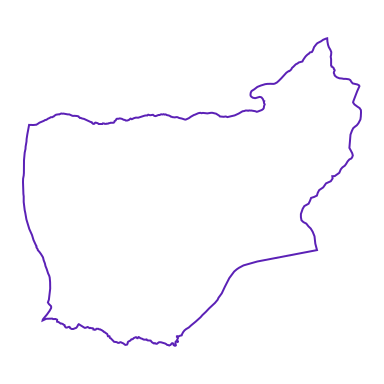 outline of Hongsa, Xaignabouri, Laos
{"feature_id": "54806243B68130854025017", "entity_name": "Hongsa", "entity_type": "district", "adm_level": 2, "iso_a3": "LAO", "parent_name": "Laos", "parent_adm1": "Xaignabouri", "projection": "robinson", "projection_center": [101.47, 19.726], "detail": "fine", "context": "isolated", "style": "outline", "palette": "violet", "viewbox_px": 384, "rotation_deg": 0, "n_neighbors": 0, "source": "geoboundaries", "source_scale": "gbopen_adm2", "svg_char_len": 5904}
<svg xmlns="http://www.w3.org/2000/svg" viewBox="0 0 384 384"><path d="M327.2,38.3L326.0,38.6L323.1,39.8L321.0,41.3L317.3,43.2L316.1,44.5L314.1,47.1L312.9,50.3L311.9,52.0L309.8,52.5L308.9,53.7L307.7,54.4L306.2,55.8L305.3,56.8L303.3,59.7L302.4,61.5L298.7,62.5L297.4,63.6L296.7,63.8L295.7,64.4L293.1,67.0L292.2,67.7L291.1,69.6L289.4,71.1L289.0,71.0L288.1,71.5L286.4,72.7L281.3,78.3L278.8,80.8L276.9,82.5L274.8,83.6L273.6,83.9L270.4,83.8L267.3,83.9L265.1,84.2L260.9,85.5L257.4,86.9L254.3,89.3L251.6,91.0L250.8,92.5L250.5,94.3L250.6,95.7L251.3,96.7L252.8,97.7L254.6,98.1L255.5,98.1L259.6,96.9L260.8,97.1L261.6,97.5L263.0,99.3L263.6,101.0L264.2,101.2L263.9,102.2L264.1,103.3L264.7,104.3L264.0,106.2L263.9,107.2L263.7,108.2L263.2,109.0L261.8,110.0L257.9,111.5L256.8,111.8L255.2,111.2L251.1,110.5L250.1,110.6L249.1,110.4L248.1,110.8L247.2,110.5L245.7,110.5L244.3,111.0L242.5,111.3L238.8,113.5L234.7,115.4L227.4,117.1L226.2,116.6L225.4,116.5L223.8,116.8L220.3,116.5L219.8,116.4L219.4,115.8L216.1,113.7L212.3,112.8L211.0,112.8L207.4,113.4L202.9,112.9L201.5,113.2L200.2,112.8L199.8,112.9L198.3,113.2L194.9,114.7L193.9,115.0L190.9,116.7L188.8,118.2L185.7,119.6L184.7,119.5L181.7,118.5L179.2,118.0L177.5,117.2L176.2,117.1L174.9,117.4L172.2,117.1L171.6,116.7L170.7,116.6L170.2,116.1L168.9,115.5L166.9,115.1L165.7,114.4L164.7,114.6L163.7,114.2L162.7,114.5L161.1,114.3L159.6,115.0L158.5,115.0L155.7,116.1L154.4,115.9L152.9,114.8L150.6,115.2L149.9,115.2L148.2,114.7L147.2,115.5L146.3,115.4L144.8,115.6L138.2,117.7L135.9,117.6L134.1,118.1L131.8,119.2L130.9,118.7L130.5,118.6L128.8,120.0L127.3,120.5L125.7,120.5L124.8,119.9L123.7,119.8L121.8,118.8L119.8,118.4L118.2,118.8L117.1,118.7L116.4,119.1L115.7,120.4L114.6,121.1L114.4,121.9L113.7,122.7L111.9,122.8L110.8,122.7L110.1,123.0L108.5,123.3L107.9,123.7L106.8,123.6L106.2,123.9L104.9,123.9L104.1,123.5L102.8,123.4L102.3,124.0L101.1,124.0L98.7,124.0L97.7,123.2L95.6,122.6L95.0,122.8L94.4,123.7L93.7,123.9L93.2,123.9L92.5,123.1L92.1,123.0L91.6,122.1L90.9,122.1L84.0,118.9L82.1,118.5L80.7,117.9L80.0,118.0L79.7,117.6L78.8,117.0L78.5,116.4L76.9,116.0L74.3,115.8L73.8,115.9L72.4,115.8L69.3,114.4L67.8,114.4L63.5,113.6L62.4,113.7L61.2,113.5L59.2,114.4L58.7,114.3L56.1,114.7L54.5,115.7L53.7,116.5L53.2,116.6L52.3,117.2L51.0,117.2L50.6,117.3L49.6,118.0L48.1,118.6L46.4,119.8L45.2,120.0L43.7,120.9L39.4,122.7L38.0,123.7L36.4,124.7L33.4,125.0L29.1,124.9L27.3,134.5L26.6,139.1L26.5,141.5L25.6,146.7L25.5,148.9L24.7,152.6L24.0,160.2L23.9,173.0L23.7,175.5L23.1,178.7L23.0,182.1L23.4,194.0L23.7,196.4L23.7,202.0L24.7,210.2L25.3,213.0L26.4,219.4L29.3,229.0L32.0,235.0L33.5,240.0L35.8,245.0L36.5,246.2L36.3,246.5L36.5,247.5L37.7,249.3L37.8,250.1L39.4,251.9L41.0,254.1L43.0,257.4L43.7,260.3L44.9,263.4L45.5,266.1L46.6,268.8L48.1,273.4L49.2,275.7L49.7,277.6L50.1,282.1L50.2,288.6L48.9,299.6L47.9,302.4L48.8,303.9L51.0,306.1L51.2,307.0L51.1,308.1L49.6,310.8L46.9,314.6L43.5,318.6L42.8,319.6L42.6,320.5L46.2,318.8L52.2,318.6L53.1,319.1L55.5,319.0L57.1,319.7L57.1,321.7L58.5,322.0L60.7,323.6L61.4,323.5L62.8,324.0L63.7,324.8L64.4,325.0L64.7,325.3L64.8,326.4L65.9,327.5L66.8,327.6L69.1,326.8L69.9,327.3L70.2,328.2L71.8,329.0L73.2,329.0L76.3,327.8L77.3,326.5L78.2,324.7L78.8,324.2L84.6,327.8L85.5,327.8L87.7,327.0L89.6,328.1L90.4,327.9L90.9,328.1L92.9,328.3L93.2,328.6L93.4,329.5L94.3,329.5L94.7,329.8L95.7,329.6L96.4,328.8L98.3,328.8L99.3,329.4L100.3,329.4L100.8,329.8L101.5,330.0L102.7,330.9L103.4,331.2L103.7,331.8L104.9,332.3L105.4,332.8L107.1,333.9L107.4,334.4L107.9,336.2L109.3,336.2L109.6,336.4L109.6,337.2L110.0,338.0L111.2,338.6L111.6,339.3L112.2,339.8L114.1,341.8L116.6,342.1L118.1,342.9L118.9,342.9L120.0,342.3L120.7,342.2L123.5,343.5L124.8,344.6L125.4,344.9L127.0,344.6L127.6,343.6L127.8,342.3L128.2,341.7L130.4,340.5L131.4,339.3L132.6,339.2L133.9,338.0L135.9,337.2L136.3,337.3L137.2,338.2L137.7,338.2L138.3,337.3L138.5,337.1L139.0,337.2L140.4,338.2L142.5,338.9L143.4,339.5L145.1,339.7L145.9,339.6L146.3,339.4L146.7,339.5L147.0,340.1L147.7,340.4L150.6,340.6L151.9,342.2L153.8,343.4L154.5,343.4L154.9,343.1L155.9,343.7L156.8,343.8L157.2,343.6L158.7,342.4L159.8,342.2L161.1,342.3L165.1,343.5L166.2,344.1L167.2,344.9L168.4,345.1L169.2,345.5L170.5,344.9L171.9,343.3L172.7,343.2L173.3,343.7L173.4,344.6L173.7,345.1L174.6,345.7L175.5,345.7L175.9,345.2L175.5,343.9L175.5,342.2L175.7,341.6L176.0,341.3L176.4,341.2L177.6,342.0L177.8,341.9L178.0,341.6L178.0,341.3L177.2,340.8L177.1,340.4L177.1,339.8L177.9,338.4L177.9,338.0L177.9,337.7L176.9,336.9L176.9,336.3L177.3,336.2L179.0,336.3L180.3,335.6L181.6,335.4L181.8,335.1L182.0,334.3L183.1,332.2L184.5,330.4L186.1,329.1L188.8,327.5L191.2,325.3L195.6,321.7L200.6,317.2L202.4,315.1L205.8,311.9L209.1,308.4L214.9,303.0L217.6,299.8L218.5,297.8L221.8,293.3L224.8,286.9L229.3,278.1L234.2,271.5L236.8,269.3L239.0,267.8L243.5,265.4L257.3,261.5L317.0,250.1L315.3,243.6L314.5,236.3L312.7,231.8L310.7,228.5L308.5,226.4L306.3,223.6L303.4,222.1L301.5,220.3L300.9,217.2L300.9,214.0L302.7,208.8L304.3,206.1L308.6,203.7L310.0,200.8L311.1,197.9L314.0,197.0L316.9,195.6L317.8,192.7L319.2,190.1L323.2,187.4L326.0,183.4L330.8,181.2L332.6,178.5L332.3,176.2L334.7,176.1L339.3,172.8L340.8,169.3L342.4,167.4L344.8,165.7L346.2,163.8L347.6,161.4L349.4,159.4L351.3,158.5L352.2,157.2L352.8,155.4L352.2,153.2L349.4,147.9L350.5,134.6L352.0,130.6L353.2,128.2L354.8,126.8L356.8,125.3L358.4,123.3L360.4,119.5L360.8,116.6L361.0,112.4L360.9,110.1L359.6,108.1L357.2,106.5L354.4,104.4L353.1,102.5L353.3,101.4L357.2,91.2L359.4,86.3L359.2,85.5L357.5,84.5L352.7,83.4L351.4,81.9L350.3,80.1L348.9,79.3L346.1,78.9L343.8,78.9L341.9,78.5L339.5,78.3L336.9,77.3L335.1,75.9L334.6,75.3L334.6,74.8L333.9,73.3L333.8,72.8L334.0,71.8L334.7,70.4L334.6,70.0L334.3,69.4L333.9,69.1L333.8,68.5L333.6,68.0L332.9,67.3L331.6,66.6L331.6,66.0L331.1,65.5L331.1,59.2L330.7,56.7L331.1,54.9L331.3,52.1L330.4,49.9L328.8,47.1L328.0,44.7L327.4,41.4L327.2,38.3Z" fill="none" stroke="#5b21b6" stroke-width="2"/></svg>